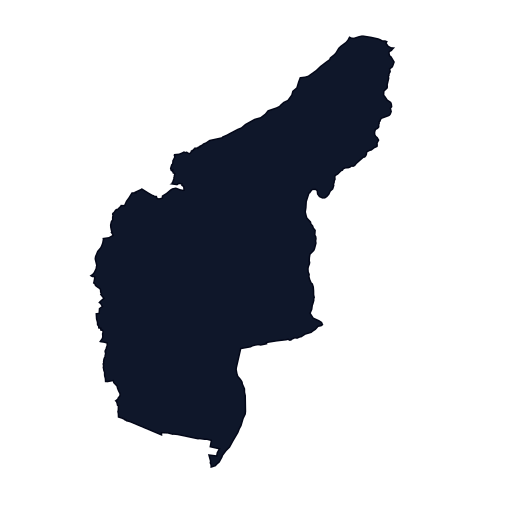 Derna, Bihor, Romania (orthographic projection), rotated 261°
{"feature_id": "2599482B80788744721103", "entity_name": "Derna", "entity_type": "district", "adm_level": 2, "iso_a3": "ROU", "parent_name": "Romania", "parent_adm1": "Bihor", "projection": "orthographic", "projection_center": [22.291, 47.2], "detail": "fine", "context": "isolated", "style": "filled", "palette": "ink", "viewbox_px": 512, "rotation_deg": 261, "n_neighbors": 0, "source": "geoboundaries", "source_scale": "gbopen_adm2", "svg_char_len": 6036}
<svg xmlns="http://www.w3.org/2000/svg" viewBox="0 0 512 512"><g transform="rotate(261 256 256)"><path d="M457.4,382.6L454.7,380.6L452.8,378.4L449.9,372.8L448.2,370.3L444.2,367.0L442.6,365.1L440.0,360.5L438.3,359.5L436.9,356.6L433.1,349.5L429.7,344.6L425.3,335.8L424.9,332.5L425.1,327.6L421.2,325.4L415.6,322.7L412.9,318.2L409.3,316.6L404.6,311.9L403.3,307.5L401.0,303.9L400.0,302.8L399.0,299.5L398.1,294.2L397.5,290.7L394.6,287.5L391.8,282.3L391.1,276.1L387.5,266.2L384.7,261.7L383.9,258.0L381.0,249.4L379.9,246.4L378.7,241.7L378.0,241.1L377.3,228.3L375.5,224.6L374.8,221.6L373.8,220.3L373.8,219.8L373.2,218.1L372.7,218.1L372.5,217.8L372.9,217.3L372.3,216.6L372.4,216.0L372.2,215.9L372.0,215.4L371.4,215.3L371.8,214.2L372.0,212.6L371.4,212.5L371.5,212.0L371.1,211.2L370.2,210.5L370.2,209.6L369.6,209.1L369.7,208.6L368.6,208.1L367.7,207.1L367.5,206.1L367.9,205.6L368.2,204.8L369.3,203.8L369.1,203.1L369.3,202.1L369.9,201.1L369.3,199.4L368.5,196.0L368.8,191.4L368.1,191.1L366.7,191.4L365.9,191.0L362.9,188.8L361.9,188.7L360.0,188.1L359.2,187.0L355.8,185.4L355.0,185.5L354.5,185.8L353.8,185.7L353.5,186.1L353.9,187.2L352.5,186.9L352.0,187.3L351.1,187.2L350.1,188.7L349.5,188.6L348.4,188.0L347.0,187.7L346.2,187.2L345.6,187.3L343.3,186.0L343.0,186.2L341.7,184.9L341.4,185.1L340.5,184.5L340.4,184.2L338.9,189.0L339.0,189.7L339.7,190.4L339.5,192.3L338.8,194.1L337.5,193.9L335.9,195.5L332.3,195.3L332.2,194.1L333.2,191.4L335.5,187.4L335.3,184.0L334.7,182.4L331.7,177.5L329.8,173.0L327.8,172.6L327.5,169.9L327.6,168.8L328.0,167.5L328.4,167.4L329.6,166.8L330.3,166.9L330.7,165.0L331.6,164.1L332.1,163.0L335.1,159.3L340.0,153.7L339.6,152.9L337.9,146.8L337.2,147.1L337.6,143.4L333.4,139.8L330.3,136.7L326.3,134.1L326.9,130.7L326.5,130.5L325.6,129.6L325.4,129.0L324.0,127.3L323.5,126.3L323.7,126.2L323.7,125.6L323.2,124.5L321.5,123.0L320.8,122.1L320.5,121.4L319.8,121.0L319.5,121.0L319.1,121.4L316.7,120.5L314.2,120.1L313.6,119.8L313.1,119.0L312.4,118.5L309.3,117.3L307.0,117.1L303.0,117.3L301.9,117.6L301.8,117.0L299.8,117.9L298.7,118.1L297.0,113.7L297.1,107.9L296.2,107.9L292.8,106.7L290.1,105.2L288.4,104.0L285.3,100.4L282.4,98.7L280.8,97.6L278.8,96.9L277.8,96.8L271.5,97.3L270.3,96.7L268.7,96.3L265.3,94.0L264.3,93.1L263.2,91.7L262.4,89.9L261.7,90.7L261.2,91.6L260.9,93.4L260.5,93.5L258.4,92.9L255.3,91.8L254.8,91.5L253.2,92.8L252.7,93.0L252.3,92.8L251.5,93.3L249.5,95.3L248.4,96.6L247.5,97.0L245.8,97.2L244.9,96.9L242.9,97.4L242.3,96.7L238.0,99.2L235.3,94.9L234.5,94.0L233.7,95.0L230.2,96.5L228.5,93.2L223.8,92.1L223.9,89.2L218.7,88.7L215.5,89.1L212.9,88.8L211.1,89.7L209.6,89.5L208.9,91.5L208.4,91.2L207.0,91.3L206.7,92.8L205.0,93.2L203.1,92.3L200.5,92.1L198.7,91.5L195.9,88.8L195.7,89.2L194.7,92.5L193.3,95.5L190.4,94.9L189.1,94.0L187.7,93.7L187.0,93.3L187.2,93.1L185.9,92.2L184.9,92.0L184.8,92.3L183.9,92.3L182.6,92.0L181.2,91.4L180.0,91.2L179.3,90.5L177.9,89.7L175.3,88.9L173.9,88.9L173.6,88.7L173.5,88.3L173.2,88.2L171.3,88.3L169.6,87.7L168.5,87.9L167.2,87.8L164.4,88.3L163.4,88.0L161.3,87.8L158.5,88.1L155.6,87.8L155.2,89.7L155.4,95.5L153.1,95.8L149.5,98.3L148.9,98.5L147.1,98.6L144.4,99.2L141.4,100.2L140.3,100.1L139.0,99.6L137.4,97.8L136.2,97.1L134.9,94.8L134.1,95.5L132.4,95.8L130.2,95.9L129.6,96.7L125.3,95.9L123.9,95.3L121.7,95.4L118.5,95.0L116.8,98.4L114.7,101.4L114.4,101.3L114.3,101.9L113.5,102.4L113.0,103.7L112.0,105.9L94.1,134.7L96.3,135.0L95.1,141.2L93.0,146.0L93.1,146.6L92.0,150.7L84.6,170.1L84.5,171.8L83.0,176.8L82.7,178.9L80.9,183.0L79.9,182.8L74.8,181.0L71.3,189.8L67.7,187.0L64.6,185.9L66.8,178.4L60.5,179.1L58.8,178.5L56.9,179.0L54.6,178.7L55.3,183.1L56.5,184.5L58.3,187.4L63.0,191.0L64.2,191.5L68.5,195.9L71.4,199.9L77.0,204.2L84.5,210.4L88.1,212.5L90.8,214.6L97.6,217.8L101.6,220.6L104.2,221.3L119.7,223.5L123.2,223.3L126.6,223.8L131.9,222.4L132.9,222.5L134.2,222.3L136.6,221.2L140.0,219.1L142.9,218.7L147.0,218.6L148.8,219.1L167.0,226.4L167.2,236.4L167.9,238.4L168.2,241.5L168.2,243.8L167.9,245.4L167.4,246.6L167.6,251.5L167.7,252.7L168.9,252.6L169.0,255.0L169.0,263.1L168.6,272.7L168.8,274.7L167.7,275.9L167.6,277.4L168.1,277.7L169.2,281.5L168.5,283.8L169.3,286.7L169.2,287.9L171.2,292.3L172.0,298.5L172.9,300.0L174.3,303.1L176.9,306.3L177.0,309.4L177.8,310.9L180.1,310.3L182.1,308.1L185.7,302.7L191.0,300.4L194.7,302.7L198.7,303.9L199.8,304.6L203.1,306.1L204.7,306.3L206.0,307.0L208.5,306.8L212.6,307.4L216.4,307.7L219.6,307.2L220.7,306.2L224.2,305.3L227.3,305.0L229.6,305.6L232.0,305.0L235.2,305.3L237.1,305.9L239.9,307.5L241.6,308.0L242.3,307.7L245.9,308.4L249.3,309.5L252.5,313.9L254.1,314.9L259.3,317.2L261.6,317.2L263.6,317.9L265.7,318.0L267.5,317.3L272.1,318.4L274.7,316.9L276.8,316.6L279.0,315.2L281.1,315.1L285.6,312.1L287.8,311.8L291.8,311.5L295.9,312.8L301.9,314.1L309.9,318.1L310.0,318.8L312.5,321.3L312.9,322.3L312.5,325.3L311.1,326.7L307.6,326.6L304.8,328.0L303.0,330.7L302.7,333.1L303.7,335.2L305.6,337.5L308.5,339.4L310.3,342.2L313.5,343.8L314.7,343.7L316.6,344.7L318.0,345.0L319.4,346.0L322.1,346.2L323.2,347.0L324.2,349.5L326.9,353.2L327.3,354.8L328.6,355.9L329.1,358.2L328.8,361.0L329.1,362.7L330.0,364.3L329.5,366.0L330.0,367.6L331.8,369.5L336.8,377.4L336.8,378.8L337.9,380.1L339.2,380.9L341.2,381.5L341.7,382.1L342.6,384.8L342.7,386.4L344.5,389.6L345.3,392.6L346.5,393.0L348.7,393.2L351.3,395.2L353.9,394.2L355.4,392.9L357.3,392.2L359.8,392.5L362.3,393.7L363.1,396.0L364.3,397.4L366.5,397.7L368.0,398.5L369.3,398.5L369.9,399.6L370.9,400.0L372.4,401.2L373.9,408.8L374.3,409.8L375.1,410.7L377.5,412.1L381.0,411.8L382.2,413.3L384.8,413.4L386.6,413.0L389.5,409.9L393.4,408.1L394.8,407.2L398.8,408.0L401.5,411.8L403.0,412.2L404.6,412.3L410.7,414.8L412.9,414.9L413.9,415.7L414.9,415.6L417.0,417.3L420.0,417.3L421.3,419.9L422.3,420.7L426.0,422.7L431.5,420.5L432.9,419.2L436.3,419.0L437.4,420.4L437.9,422.0L438.8,422.8L439.9,424.3L440.5,421.8L442.4,419.3L445.9,417.6L447.2,418.7L448.1,417.2L448.4,415.4L448.2,415.2L449.0,413.9L450.2,412.4L451.3,410.5L453.9,403.9L456.4,396.2L456.6,395.0L456.4,392.0L455.6,386.8L456.2,384.3L457.4,382.6Z" fill="#0f172a" stroke="#020617" stroke-width="1.5"/></g></svg>